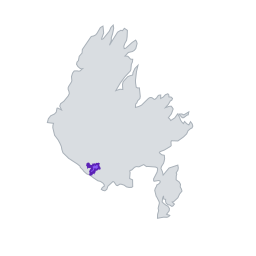 Ashbourne Lea-6, Meath, Ireland (highlighted), rotated 138°
{"feature_id": "5873133B77849268115801", "entity_name": "Ashbourne Lea-6", "entity_type": "district", "adm_level": 2, "iso_a3": "IRL", "parent_name": "Ireland", "parent_adm1": "Meath", "projection": "albers", "projection_center": [-6.417, 53.558], "detail": "fine", "context": "in_parent", "style": "filled", "palette": "violet", "viewbox_px": 256, "rotation_deg": 138, "n_neighbors": 0, "source": "geoboundaries", "source_scale": "gbopen_adm2", "svg_char_len": 6923}
<svg xmlns="http://www.w3.org/2000/svg" viewBox="0 0 256 256"><g transform="rotate(138 128 128)"><path d="M159.3,48.2L154.9,51.2L154.2,52.4L152.9,57.1L152.7,58.5L149.9,63.7L148.3,64.8L145.9,65.6L144.6,66.4L142.9,65.9L140.8,66.0L139.7,66.9L139.8,67.6L140.4,68.5L144.3,71.0L144.0,72.0L142.9,73.1L135.8,75.8L133.6,77.5L132.9,78.6L133.6,80.5L139.1,86.3L140.1,87.0L140.8,90.3L145.8,91.8L147.8,93.9L149.5,94.4L153.4,94.3L154.9,95.1L155.8,94.5L156.3,93.4L160.6,89.4L159.3,86.4L163.7,81.3L164.9,81.4L166.9,83.0L168.5,85.2L169.1,88.1L170.6,90.7L171.6,91.7L174.4,92.2L175.0,93.2L174.5,97.0L174.9,98.3L181.9,98.2L184.8,96.6L187.2,96.8L188.4,98.5L188.9,100.3L186.8,101.0L184.6,100.6L183.6,101.8L183.5,104.0L184.3,106.9L185.7,108.9L186.9,113.5L187.9,118.5L189.4,121.6L189.8,125.4L189.6,127.3L189.8,130.6L189.2,131.8L189.7,135.0L192.4,145.1L192.9,153.1L191.6,156.1L189.9,158.9L188.8,162.2L187.9,165.9L187.4,171.7L183.7,178.5L182.0,180.2L180.2,181.3L184.3,186.0L180.9,188.2L177.3,188.8L173.2,187.6L170.7,187.8L167.5,190.2L166.8,189.8L165.3,185.8L164.1,189.9L161.8,191.2L157.8,190.8L151.1,191.8L148.5,192.9L147.4,194.7L146.6,196.8L145.5,198.0L144.3,198.6L139.1,200.1L138.1,200.7L135.6,204.0L132.4,205.9L129.8,206.4L127.5,204.4L126.6,203.2L125.5,202.5L122.0,202.5L123.1,203.2L123.8,204.6L124.1,207.2L123.6,209.8L121.8,211.1L119.7,211.3L116.3,213.9L111.9,214.5L109.4,216.9L94.7,220.5L93.9,220.5L91.9,219.4L89.7,218.8L87.6,219.1L81.4,221.1L78.4,220.5L82.5,214.9L87.6,212.2L88.2,211.4L86.6,210.9L76.9,212.5L73.5,214.1L70.1,214.4L71.8,211.8L76.3,208.4L80.1,206.2L81.8,204.2L86.4,201.9L71.6,206.2L67.9,205.4L67.0,204.0L64.0,204.5L63.1,201.0L67.8,196.2L70.4,194.1L73.5,193.1L76.5,191.5L77.7,189.5L76.4,188.8L67.6,188.8L63.5,188.2L63.8,186.5L64.7,184.7L69.1,181.8L71.5,181.5L73.6,181.9L77.2,183.9L82.1,183.5L80.1,181.4L80.0,177.4L78.5,175.9L80.6,174.1L82.9,173.1L86.9,169.4L88.2,168.8L95.8,168.2L104.0,166.5L112.1,163.9L108.0,162.2L106.1,160.1L102.8,164.2L100.5,165.7L94.0,166.3L92.0,165.7L89.2,164.3L88.3,164.8L87.4,165.7L83.1,167.6L78.6,167.9L83.9,164.3L90.8,158.2L92.4,156.2L94.6,152.8L94.0,151.2L92.7,150.2L97.8,143.2L99.5,141.9L102.5,141.8L104.8,140.7L105.7,140.8L106.6,140.4L108.7,138.3L105.7,136.8L102.7,135.9L93.1,136.3L91.8,136.1L90.6,135.4L89.9,134.4L89.4,131.9L88.8,131.3L86.6,131.2L84.5,131.8L83.0,131.7L81.6,130.6L84.0,128.1L81.1,127.4L78.0,127.7L75.5,126.8L75.5,125.3L76.8,123.7L75.3,122.2L75.1,120.2L76.8,119.4L78.5,119.8L82.1,118.6L86.6,118.1L82.8,116.5L81.3,115.3L81.4,113.5L81.7,111.9L86.3,109.5L91.2,108.6L90.9,106.8L91.3,105.0L86.5,104.2L81.7,105.3L82.4,101.8L83.7,98.6L84.0,96.5L83.9,94.2L81.6,95.0L81.5,91.8L80.7,89.6L77.3,90.9L77.6,88.0L78.6,86.0L80.4,85.2L82.1,85.7L85.2,85.8L88.3,84.4L92.7,84.2L99.6,85.0L104.3,89.5L105.5,88.8L107.6,86.1L108.5,85.9L115.7,87.3L120.1,89.0L121.3,88.6L120.8,85.5L119.3,83.4L121.3,80.7L123.7,78.9L125.3,78.0L128.9,77.0L130.6,75.9L131.7,72.4L133.4,69.5L124.3,70.8L115.8,67.1L117.3,64.7L119.1,63.3L122.3,62.4L122.6,61.1L124.2,60.1L126.9,57.3L126.1,53.6L126.7,51.0L128.6,49.3L129.2,46.8L130.1,45.0L133.9,44.4L137.6,42.8L143.2,42.7L144.7,43.4L144.4,40.4L147.0,40.0L148.0,40.6L148.5,42.8L149.6,44.2L150.0,46.6L149.1,48.4L147.8,49.8L149.0,51.3L147.0,53.8L149.1,52.8L152.1,50.2L152.0,48.1L151.5,45.5L150.7,43.1L151.1,40.5L152.8,38.9L157.1,38.1L155.4,35.1L157.0,34.9L158.7,35.5L161.2,37.9L166.5,41.2L163.8,44.0L160.6,46.0L159.3,48.2ZM80.9,102.9L80.7,104.2L78.6,102.4L77.7,100.4L72.0,99.3L74.5,97.5L75.6,98.1L79.7,98.4L80.8,99.3L80.9,102.9Z" fill="#d9dde1" stroke="#a8b0b8" stroke-width="1"/><path d="M181.4,128.5L181.5,128.5L181.6,128.4L181.7,128.2L181.9,128.3L182.1,128.4L182.2,128.2L182.4,128.4L182.5,128.2L183.0,128.1L183.4,127.9L183.3,127.7L183.3,127.3L183.3,127.2L183.5,126.8L183.6,126.6L183.8,126.4L183.8,126.2L184.0,126.1L184.0,125.9L184.1,125.7L183.8,125.8L183.6,125.3L183.2,125.1L183.0,124.6L182.5,124.4L182.4,124.3L182.4,124.2L182.1,124.2L181.8,124.1L181.7,124.0L181.5,123.7L181.4,123.7L181.5,123.4L181.4,123.4L181.1,123.3L181.1,123.2L181.0,122.9L181.2,122.5L181.3,122.5L181.3,122.4L181.3,122.2L181.5,122.0L181.5,121.9L181.8,121.9L182.0,121.8L182.0,121.7L182.2,121.4L182.4,121.5L182.4,121.4L182.4,121.2L182.6,121.1L182.8,121.1L183.0,121.2L183.5,121.4L183.7,121.5L183.5,121.8L183.8,121.7L183.8,121.8L184.3,121.7L184.5,121.6L184.6,121.3L184.8,121.2L185.0,121.1L185.3,121.1L185.3,120.9L185.7,120.6L185.7,120.3L185.7,120.2L185.6,119.9L185.8,119.8L185.8,119.7L185.8,119.4L186.0,119.2L186.4,118.9L186.6,118.8L186.7,119.0L186.9,119.1L187.0,119.1L187.3,119.0L187.3,118.9L187.4,118.7L187.2,118.3L187.1,118.5L186.9,118.6L186.5,118.4L186.5,118.2L186.5,118.4L186.3,118.2L186.3,118.3L186.1,118.3L186.2,118.6L185.9,118.4L185.7,118.4L185.6,118.1L185.5,117.9L185.5,118.0L185.4,118.0L185.2,118.2L185.3,118.4L185.1,118.4L185.2,118.5L185.2,118.9L185.3,119.1L185.0,119.2L184.9,119.2L184.7,119.1L184.4,119.1L184.1,119.0L183.8,118.9L184.0,118.8L184.0,118.5L184.0,118.3L183.8,118.4L183.9,118.1L184.0,117.9L183.8,117.8L183.4,117.8L183.4,117.3L182.9,117.6L182.5,117.5L181.9,117.6L181.8,117.8L182.1,117.7L182.2,117.9L182.3,118.0L182.2,118.1L182.1,118.3L182.1,118.5L181.8,118.5L181.6,118.6L181.4,118.5L181.0,118.4L180.9,118.5L180.6,118.7L180.7,118.8L180.8,118.9L180.7,118.9L180.7,119.0L180.8,119.0L180.6,119.3L180.5,119.1L180.4,119.1L180.4,119.4L180.1,119.5L180.1,119.4L179.8,118.9L179.7,118.9L179.7,118.5L179.7,118.4L179.7,118.2L179.5,117.9L179.2,117.9L178.5,118.1L178.4,118.0L178.4,117.9L178.1,118.0L178.1,117.9L177.8,118.0L177.7,118.0L177.4,117.8L177.1,117.4L176.6,116.9L176.4,116.6L176.2,116.7L176.0,116.8L176.2,117.3L175.9,117.4L175.7,117.4L175.6,117.5L175.5,117.8L175.8,118.0L176.0,118.2L176.1,118.3L175.9,118.4L175.7,118.6L175.5,118.8L175.4,118.9L175.5,119.0L175.6,119.3L175.5,119.5L175.2,119.7L175.0,119.8L175.0,120.0L174.9,120.2L174.7,120.3L173.9,120.7L173.7,120.8L173.7,121.1L173.7,121.3L173.9,121.3L174.2,121.5L174.1,121.4L174.3,121.4L174.3,121.5L174.2,121.5L174.5,121.8L174.5,121.7L174.7,121.4L174.8,121.4L174.8,121.5L175.1,121.7L175.3,121.8L175.3,122.1L175.2,122.3L175.3,122.5L175.8,122.4L175.8,122.2L176.0,122.2L176.8,122.3L176.7,122.4L176.8,122.8L176.8,123.0L177.1,123.0L177.1,123.4L177.2,123.7L177.4,123.7L177.4,123.8L177.7,124.0L177.8,124.0L177.8,123.9L178.0,123.9L178.1,124.0L178.1,123.9L178.2,124.0L178.3,123.8L178.4,123.7L179.0,123.9L179.1,124.0L179.4,124.0L179.4,123.9L179.4,123.7L179.6,123.8L179.7,123.7L179.8,123.8L179.7,123.9L179.8,124.0L180.2,124.3L180.5,124.4L180.6,124.5L180.8,124.5L180.8,124.8L180.8,125.1L181.0,125.1L181.4,125.1L181.5,125.1L181.5,125.3L181.6,125.6L181.8,125.8L182.2,125.9L182.1,126.1L181.9,126.2L181.9,126.3L181.7,126.4L181.7,126.5L181.9,126.5L182.0,126.8L182.3,127.1L182.2,127.2L181.9,127.3L181.8,127.2L181.8,127.3L181.7,127.4L181.7,127.5L181.5,127.4L181.5,127.2L181.4,127.1L181.3,127.3L181.2,127.2L181.1,127.5L181.3,127.6L181.2,127.7L180.9,127.7L180.9,128.0L181.2,128.1L181.3,128.3L181.4,128.5L181.4,128.5Z" fill="#8b5cf6" stroke="#5b21b6" stroke-width="1.5"/></g></svg>